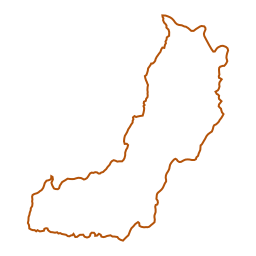 outline of Promissão, São Paulo, Brazil
{"feature_id": "56859067B81911907857005", "entity_name": "Promissão", "entity_type": "district", "adm_level": 2, "iso_a3": "BRA", "parent_name": "Brazil", "parent_adm1": "São Paulo", "projection": "mercator", "projection_center": [-49.88, -21.492], "detail": "fine", "context": "isolated", "style": "outline", "palette": "amber", "viewbox_px": 256, "rotation_deg": 0, "n_neighbors": 0, "source": "geoboundaries", "source_scale": "gbopen_adm2", "svg_char_len": 4534}
<svg xmlns="http://www.w3.org/2000/svg" viewBox="0 0 256 256"><path d="M204.3,26.4L201.5,26.0L200.0,26.5L197.7,28.0L196.2,28.9L193.6,30.9L191.3,30.9L188.3,28.2L185.9,26.7L184.4,26.5L181.8,25.3L178.8,24.9L177.0,24.2L175.4,22.8L173.6,20.3L172.1,18.7L170.4,17.5L168.2,16.5L165.7,15.6L162.4,15.4L162.6,17.0L163.4,18.3L163.1,20.2L164.1,22.6L165.5,24.0L166.5,25.5L166.4,27.6L168.5,29.6L169.2,32.0L169.1,35.8L166.8,37.4L166.5,39.8L165.5,41.5L165.9,43.3L165.1,44.5L164.7,46.0L164.3,47.9L162.4,47.6L161.3,49.3L160.4,51.9L158.9,53.8L157.8,55.4L156.7,56.9L155.6,59.1L155.2,60.8L154.1,62.3L152.6,63.5L151.2,63.5L150.4,65.1L149.1,67.0L148.1,68.4L147.8,70.7L147.2,72.8L146.4,75.0L144.9,76.1L145.3,78.1L146.0,80.3L146.8,82.0L147.3,83.5L148.0,85.0L147.6,87.0L147.4,90.0L147.7,92.1L147.5,93.6L147.7,95.3L147.5,97.1L146.2,98.7L145.8,100.8L144.0,101.7L143.7,103.4L144.6,105.0L143.5,106.1L144.2,108.0L144.0,110.3L143.5,112.8L142.7,115.6L140.1,116.0L137.7,116.5L136.1,117.0L134.5,116.1L133.0,117.4L133.4,119.3L132.7,120.6L132.6,122.6L131.1,124.7L129.8,127.0L128.3,129.2L127.1,132.1L126.1,133.9L124.9,135.8L124.3,138.3L124.0,141.3L124.7,143.9L126.8,143.8L128.1,145.1L127.3,147.9L126.1,149.8L125.2,152.7L125.2,155.3L124.5,158.1L123.6,159.8L122.1,161.3L119.3,161.3L117.3,161.6L115.7,160.8L113.7,160.2L112.0,161.1L110.8,162.4L109.7,164.7L107.6,167.0L106.2,169.1L104.6,170.5L103.1,172.0L101.1,172.6L100.0,173.5L98.5,173.5L97.0,172.4L95.2,172.2L93.3,172.9L91.7,172.6L90.1,173.4L88.9,175.2L88.1,176.5L86.9,178.1L85.3,179.1L83.9,179.5L82.7,178.8L80.9,178.0L78.3,177.8L76.2,178.3L74.1,179.0L72.1,179.1L70.0,179.0L67.6,178.7L66.5,179.4L65.3,180.2L63.4,181.3L61.9,182.3L61.2,183.6L59.9,185.5L59.1,188.2L57.8,189.2L55.3,189.0L53.9,188.4L52.3,185.4L51.4,182.8L52.9,179.4L52.5,176.9L51.3,176.2L51.2,178.6L50.2,179.6L48.4,180.3L46.5,180.7L44.7,183.2L44.1,185.4L43.2,187.9L41.6,190.1L39.8,191.2L38.6,192.3L37.0,193.2L34.3,194.0L32.6,195.0L32.1,196.7L32.4,199.5L32.1,201.3L32.5,203.3L32.2,206.0L30.8,208.3L30.7,210.2L29.8,212.6L29.4,214.9L28.6,217.0L28.4,220.5L27.9,223.0L28.9,224.8L29.2,226.7L29.3,228.5L31.2,229.6L32.7,230.1L34.6,230.1L36.2,231.3L37.5,230.2L39.8,231.4L41.9,231.1L43.9,230.7L44.4,228.8L46.1,228.2L47.5,228.5L48.1,230.2L49.4,231.3L50.7,232.1L52.3,232.2L55.0,232.7L57.2,232.3L58.4,233.5L60.2,233.1L61.9,234.0L64.1,234.4L66.1,234.8L67.8,236.1L69.4,236.3L71.0,235.4L72.4,235.2L73.5,233.9L74.4,235.4L75.3,237.0L77.1,236.9L78.7,235.6L80.0,234.8L81.4,234.8L83.2,234.7L84.6,236.7L87.0,237.5L88.8,237.0L90.0,235.8L90.5,233.9L91.7,232.7L94.0,232.8L95.2,234.3L95.2,235.8L97.1,235.6L98.9,233.8L100.7,234.8L101.4,236.6L103.4,237.1L105.1,236.8L106.9,236.0L108.9,235.6L110.5,235.3L112.4,236.5L114.0,236.5L115.4,236.7L117.4,237.0L118.6,238.6L120.5,239.8L123.0,240.6L124.6,238.9L126.7,236.8L128.4,235.3L129.2,233.3L130.1,230.9L131.4,228.3L133.6,226.1L135.2,224.1L138.0,222.1L139.2,223.1L139.5,225.8L141.3,226.8L144.0,227.3L146.0,227.1L147.5,227.2L149.3,226.7L151.3,224.9L152.6,223.9L154.5,222.2L154.8,219.5L154.4,217.0L154.5,215.3L155.1,213.6L155.6,212.1L155.6,209.2L155.2,206.8L155.7,205.0L157.3,204.5L157.9,202.6L157.6,200.6L156.4,198.9L156.6,197.0L156.8,195.0L157.3,193.5L158.3,192.4L159.9,191.1L161.5,189.6L162.6,188.2L163.4,186.7L164.0,185.3L164.9,183.3L166.1,181.5L166.1,179.8L165.7,177.8L165.9,175.5L166.7,173.4L167.7,171.9L168.6,170.3L169.3,168.7L169.6,166.9L170.1,164.8L171.1,163.0L172.4,161.3L174.1,159.5L175.4,158.8L176.7,159.5L177.6,160.9L179.3,162.0L180.9,161.9L182.2,161.2L183.6,160.4L185.5,159.6L187.6,159.4L189.4,159.5L191.9,160.0L194.3,160.0L195.9,159.2L196.4,157.4L198.1,155.8L198.7,153.5L199.6,151.5L200.3,149.8L200.6,145.4L201.8,144.4L202.9,142.6L204.1,140.5L205.1,138.9L206.4,136.3L207.9,134.4L209.7,133.0L211.9,131.5L212.8,129.2L213.5,126.4L214.3,125.1L215.7,124.6L217.3,123.3L218.8,121.7L219.7,120.0L221.2,118.1L222.4,116.2L223.5,114.1L222.0,112.4L221.3,110.2L221.0,108.7L219.8,107.6L218.7,106.4L219.0,104.4L220.3,102.8L221.5,101.2L220.1,99.9L219.0,98.9L218.8,97.2L219.1,95.8L218.1,94.6L216.7,93.9L215.5,91.7L217.9,90.3L218.8,88.8L219.5,86.5L219.2,84.3L219.5,82.4L220.6,80.8L221.7,79.3L220.4,78.4L219.0,77.8L218.8,76.2L219.4,74.6L219.2,73.0L219.1,71.3L219.0,69.5L219.2,67.8L220.2,66.7L222.6,65.9L224.2,65.9L225.6,64.3L226.5,62.9L227.3,61.1L226.8,59.3L226.4,57.8L226.6,55.6L227.1,53.4L228.1,50.4L227.5,48.3L225.9,46.9L224.4,46.3L222.9,45.8L220.9,46.0L218.2,47.3L216.8,48.5L214.8,51.5L213.3,51.6L211.6,49.3L209.2,45.2L206.5,40.2L204.3,36.0L203.9,33.9L204.3,32.3L205.5,29.5L205.4,28.0L204.3,26.4Z" fill="none" stroke="#b45309" stroke-width="2"/></svg>